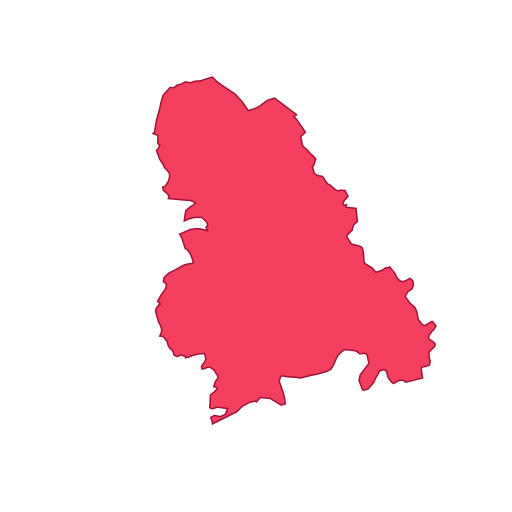 outline of Sinbillawin, Ad Daqahliyah, Egypt, rotated 240°
{"feature_id": "37247803B43017025732324", "entity_name": "Sinbillawin", "entity_type": "district", "adm_level": 2, "iso_a3": "EGY", "parent_name": "Egypt", "parent_adm1": "Ad Daqahliyah", "projection": "natural_earth1", "projection_center": [31.475, 30.883], "detail": "fine", "context": "isolated", "style": "filled", "palette": "rose", "viewbox_px": 512, "rotation_deg": 240, "n_neighbors": 0, "source": "geoboundaries", "source_scale": "gbopen_adm2", "svg_char_len": 5215}
<svg xmlns="http://www.w3.org/2000/svg" viewBox="0 0 512 512"><g transform="rotate(240 256 256)"><path d="M67.1,339.3L76.2,342.9L76.7,345.0L75.7,347.1L75.2,349.2L74.7,351.3L76.7,353.4L78.2,354.5L81.1,355.0L84.1,356.6L86.1,357.7L87.1,360.3L87.5,362.2L88.0,364.6L88.5,365.6L89.5,366.7L90.5,367.2L91.0,367.2L92.5,366.7L94.0,366.2L95.9,365.1L97.4,364.1L100.4,365.7L102.9,371.0L103.3,373.1L105.3,376.8L106.8,376.8L109.3,376.3L110.3,376.3L111.5,375.7L111.4,373.2L111.3,368.4L111.3,367.4L113.0,366.0L114.2,365.6L115.0,365.4L117.7,365.1L120.2,364.8L121.7,365.4L122.5,365.7L124.6,366.4L127.6,367.5L128.6,367.6L131.5,367.8L132.1,367.9L138.5,365.7L140.2,365.6L146.4,365.0L148.0,367.6L149.3,370.1L149.3,371.9L149.3,374.2L151.9,377.7L152.3,377.9L154.3,378.7L156.3,379.4L158.8,378.5L159.7,378.2L159.7,376.2L159.7,374.5L159.8,372.5L160.8,369.4L163.3,368.1L163.7,367.9L166.2,367.3L170.7,367.5L172.5,367.5L179.9,366.2L179.7,365.4L179.8,364.7L180.9,362.3L180.6,357.5L182.1,351.7L184.9,351.1L187.4,350.7L195.3,346.4L196.7,346.8L197.9,347.1L205.0,350.6L209.5,352.2L211.8,351.3L212.3,351.0L213.9,349.5L216.9,346.4L218.7,344.6L221.7,344.5L226.0,344.3L227.6,344.2L228.6,345.8L230.3,352.2L232.8,354.6L233.2,355.1L234.0,355.8L235.3,361.1L247.3,366.4L253.4,358.1L254.4,359.1L255.2,360.0L255.6,358.2L257.3,357.1L257.8,357.6L259.7,359.7L261.7,365.5L268.2,365.9L269.1,364.6L270.8,362.0L271.2,360.4L271.4,359.4L272.8,358.5L273.8,357.9L275.6,357.3L276.1,357.1L278.5,356.2L279.7,355.9L280.1,355.8L280.7,355.4L282.5,354.2L285.0,353.8L287.0,353.6L287.8,353.5L289.0,353.6L290.4,353.7L292.2,352.9L292.6,352.3L293.5,351.1L295.3,349.4L296.3,348.8L298.2,347.7L301.5,348.6L302.3,348.8L304.4,349.1L306.2,352.1L306.7,352.6L309.0,354.9L310.4,356.4L311.8,356.0L314.8,355.2L317.8,354.3L318.9,354.0L321.2,353.6L327.9,351.5L337.0,354.3L338.4,360.5L341.3,360.5L341.9,360.5L342.4,360.5L344.0,360.3L345.3,360.2L345.8,360.1L352.3,359.6L354.2,359.4L356.2,359.0L358.1,358.5L358.1,361.8L383.5,351.0L384.3,347.3L385.1,343.8L383.9,333.0L383.9,332.5L384.3,328.7L384.3,328.3L385.7,322.1L386.3,322.0L390.7,321.6L396.7,321.1L402.5,319.8L406.4,319.0L412.2,316.2L417.5,313.5L421.5,311.6L421.9,311.4L425.7,309.7L426.5,309.4L430.8,308.2L432.7,307.8L434.3,300.9L435.3,296.4L435.6,295.2L437.1,292.2L437.7,290.9L438.0,290.0L438.8,285.8L442.2,281.7L442.2,277.2L443.5,273.0L442.7,269.0L444.9,265.9L443.5,261.6L441.7,256.0L437.0,251.1L436.6,250.6L432.4,246.8L430.0,244.6L428.5,243.0L426.9,241.3L425.5,239.9L422.0,236.6L413.7,229.7L413.7,228.7L413.6,228.1L409.6,231.2L407.1,230.1L405.7,229.0L404.2,228.0L403.2,227.4L401.7,227.4L400.5,228.2L398.3,225.8L397.3,222.6L387.9,221.0L381.5,221.4L378.5,220.9L374.6,221.9L371.1,222.4L367.6,220.8L364.2,217.0L361.8,212.3L362.3,209.7L359.3,208.6L354.8,210.1L352.4,210.6L350.4,210.1L349.6,208.8L339.5,223.1L337.0,226.8L334.5,228.9L332.0,229.9L332.0,228.8L331.5,227.2L331.5,224.1L331.1,222.0L330.6,219.3L330.6,218.3L327.1,215.1L322.2,211.4L321.7,216.6L320.2,221.9L316.7,228.2L312.2,229.7L309.3,230.2L307.3,229.7L306.3,228.6L305.8,227.0L302.1,226.7L302.9,225.9L303.9,224.9L307.8,220.7L310.3,216.5L311.8,212.3L313.1,200.7L311.4,200.8L308.4,200.7L305.9,200.2L298.0,198.5L296.1,199.6L292.6,200.1L289.1,200.0L285.7,199.5L283.7,198.9L281.7,198.4L281.2,197.8L282.2,195.2L282.7,194.2L283.7,191.0L284.2,188.9L284.3,183.7L284.3,181.0L284.8,172.1L284.6,171.0L284.3,169.5L283.3,165.8L282.8,165.2L280.4,163.1L280.0,162.9L278.9,163.6L276.9,164.1L275.4,163.6L273.0,161.5L272.0,159.4L270.0,155.1L269.5,154.1L266.8,149.5L266.1,148.2L265.1,148.2L263.6,148.8L262.6,149.3L262.1,149.3L262.2,147.2L261.2,145.0L260.2,142.9L258.2,141.3L253.8,140.2L249.3,139.1L246.9,138.6L244.4,138.6L240.9,138.0L237.5,136.4L234.8,132.6L232.9,135.3L226.4,136.3L222.4,135.2L219.5,135.2L216.5,136.2L213.5,136.2L211.1,135.6L210.1,136.1L208.1,137.7L208.1,141.4L206.3,142.9L204.6,144.5L203.1,144.0L202.6,145.8L202.1,147.6L201.6,151.3L199.6,158.1L197.6,161.8L197.1,162.8L191.2,160.7L187.7,153.8L187.2,153.3L185.7,152.7L184.7,153.3L184.2,155.4L183.7,159.0L183.1,159.7L181.7,161.1L179.3,162.2L177.8,162.7L175.3,162.7L170.8,163.1L169.7,161.9L168.4,160.5L167.9,158.4L163.9,154.1L162.9,155.2L161.5,156.2L160.5,156.2L160.0,154.6L159.0,151.5L158.5,147.2L148.7,140.7L148.1,140.3L146.2,140.8L145.2,142.9L144.6,146.6L138.2,155.0L136.2,152.8L134.2,150.2L134.7,144.9L138.7,140.2L138.7,136.0L138.2,135.9L137.1,135.8L135.3,135.5L132.3,134.4L132.0,139.3L130.7,161.2L132.7,169.1L132.5,177.1L131.2,181.2L130.7,182.8L129.4,183.6L130.7,187.0L131.1,189.1L130.2,190.4L125.7,197.0L114.3,203.2L113.8,205.1L113.3,207.4L119.7,210.1L126.6,211.7L135.5,213.4L137.2,214.8L138.0,215.5L139.5,217.6L138.5,219.7L136.5,221.8L135.4,223.4L131.5,229.1L128.0,233.8L125.6,242.3L125.0,244.3L123.0,250.1L122.0,254.3L121.2,257.3L120.5,260.1L120.5,263.5L120.5,264.3L122.5,268.0L128.9,277.0L130.4,282.8L130.3,286.5L125.4,293.3L124.0,294.7L123.4,295.4L119.4,296.9L118.7,298.6L117.4,301.6L115.4,302.7L114.4,302.7L106.5,300.0L100.9,286.7L96.7,283.0L90.1,281.9L87.3,281.4L85.8,282.4L85.3,284.0L84.8,286.6L86.8,292.4L87.7,294.6L90.2,298.3L94.6,305.7L93.7,309.8L91.2,311.4L90.0,311.1L85.2,309.8L82.7,309.8L79.3,310.3L76.8,311.3L76.8,312.3L76.8,317.1L75.3,320.8L71.8,322.8L67.1,339.3Z" fill="#f43f5e" stroke="#9f1239" stroke-width="1.5"/></g></svg>